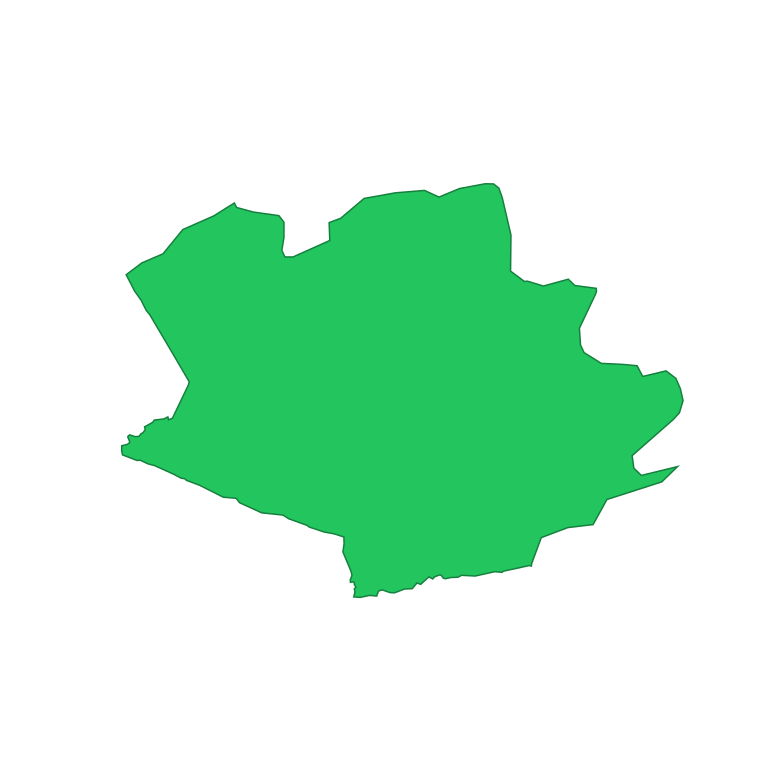 Menchum, Nord-Ouest, Cameroon, rotated 245°
{"feature_id": "32672807B61384913593218", "entity_name": "Menchum", "entity_type": "district", "adm_level": 2, "iso_a3": "CMR", "parent_name": "Cameroon", "parent_adm1": "Nord-Ouest", "projection": "mercator", "projection_center": [10.029, 6.605], "detail": "fine", "context": "isolated", "style": "filled", "palette": "green", "viewbox_px": 768, "rotation_deg": 245, "n_neighbors": 0, "source": "geoboundaries", "source_scale": "gbopen_adm2", "svg_char_len": 2139}
<svg xmlns="http://www.w3.org/2000/svg" viewBox="0 0 768 768"><g transform="rotate(245 384 384)"><path d="M611.3,324.9L610.5,318.3L608.3,300.7L609.0,267.0L595.4,238.7L596.1,215.7L592.0,196.5L577.3,197.1L573.9,197.2L562.4,199.3L560.8,199.3L551.0,199.6L545.8,201.0L500.7,205.4L468.4,208.4L465.7,206.2L442.4,177.8L442.6,173.6L445.5,174.2L445.4,169.7L448.4,160.5L447.0,158.2L446.4,148.9L445.8,148.8L443.6,148.3L441.7,145.1L441.6,142.7L440.1,140.0L441.3,136.5L445.4,132.0L445.0,130.1L444.3,129.4L439.1,129.1L438.2,128.3L437.8,125.6L438.9,120.2L434.1,117.9L430.2,117.1L419.1,127.8L418.0,130.8L411.4,136.3L407.0,141.6L390.4,155.8L384.4,160.3L382.4,163.3L380.1,164.3L369.9,174.3L361.6,180.8L349.3,190.5L342.9,201.7L337.5,202.9L335.6,204.5L318.9,218.7L309.2,234.9L307.9,237.0L302.0,240.8L288.4,254.5L285.9,255.8L275.4,266.9L269.3,275.4L262.3,283.0L256.1,280.3L255.3,279.8L249.2,275.8L227.5,274.9L224.0,274.0L220.8,270.7L218.5,269.8L217.6,272.7L216.4,273.2L215.2,272.4L211.7,272.7L211.0,270.6L207.7,269.7L203.8,266.6L200.6,272.4L200.2,274.1L198.5,281.5L194.9,287.8L198.1,290.9L198.7,292.9L197.9,295.6L192.4,301.3L190.3,305.2L189.5,316.0L186.6,323.0L189.7,329.8L186.9,332.5L190.2,343.2L186.7,345.8L187.9,348.5L187.4,353.8L186.4,355.1L182.9,355.7L181.5,357.5L180.4,362.7L177.6,369.4L177.8,373.5L171.4,385.5L167.1,405.0L166.7,405.7L163.4,411.4L163.9,413.1L159.1,434.3L158.1,438.8L156.7,440.6L158.9,442.0L169.4,452.6L178.3,461.6L176.2,489.8L168.2,514.1L185.1,537.2L177.9,594.4L185.1,615.1L192.4,578.6L202.1,574.9L214.2,578.6L229.5,630.9L233.0,639.5L242.5,648.0L254.4,650.6L265.7,650.9L269.2,649.1L276.7,645.2L281.5,621.7L293.6,621.1L300.0,610.2L301.8,606.9L310.9,589.6L327.9,578.6L336.3,578.6L352.0,584.7L376.2,613.9L378.3,615.8L381.0,616.8L392.6,598.6L401.1,595.3L405.4,569.9L416.6,557.4L417.6,554.6L432.8,546.4L465.3,562.0L502.8,569.9L512.9,570.9L519.0,567.9L522.7,560.4L529.2,535.2L530.2,512.8L542.3,502.6L552.5,475.0L559.9,447.0L560.6,444.4L552.5,414.8L553.5,402.5L537.0,395.5L537.6,355.2L541.0,347.9L548.3,347.9L559.0,355.2L572.8,361.7L581.0,359.9L595.1,338.2L606.3,325.0L611.3,324.9Z" fill="#22c55e" stroke="#15803d" stroke-width="1.5"/></g></svg>